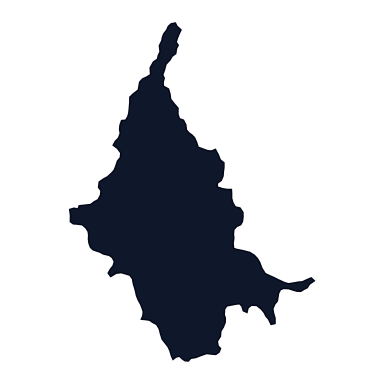 Aricanduva, Minas Gerais, Brazil (Albers equal-area conic projection)
{"feature_id": "56859067B1049377795144", "entity_name": "Aricanduva", "entity_type": "district", "adm_level": 2, "iso_a3": "BRA", "parent_name": "Brazil", "parent_adm1": "Minas Gerais", "projection": "albers", "projection_center": [-42.597, -17.855], "detail": "fine", "context": "isolated", "style": "filled", "palette": "ink", "viewbox_px": 384, "rotation_deg": 0, "n_neighbors": 0, "source": "geoboundaries", "source_scale": "gbopen_adm2", "svg_char_len": 2960}
<svg xmlns="http://www.w3.org/2000/svg" viewBox="0 0 384 384"><path d="M181.0,29.9L177.0,26.3L175.3,23.0L171.2,23.8L168.4,26.3L166.7,30.1L163.8,33.8L162.5,37.2L161.8,40.9L159.4,45.7L160.1,51.7L158.3,55.5L157.5,59.2L153.4,62.0L150.2,67.8L150.6,74.6L147.0,76.9L142.5,79.0L139.7,82.1L138.9,86.6L138.3,90.0L133.4,93.8L129.9,97.1L129.8,102.2L129.3,108.6L128.8,113.3L127.7,116.9L125.7,120.2L121.6,120.6L120.0,125.2L119.6,129.6L120.3,133.3L118.6,137.9L115.3,141.4L113.2,145.2L117.4,148.3L120.8,152.9L120.4,157.5L117.5,161.0L115.6,166.8L114.0,170.5L111.1,173.6L107.6,176.8L103.5,179.0L99.2,182.0L98.6,187.4L101.0,190.7L100.6,194.9L98.1,199.7L93.9,202.0L90.7,204.5L85.8,205.1L79.2,205.8L78.0,209.1L74.0,208.2L69.7,209.5L70.5,215.4L70.4,221.7L73.3,223.8L77.2,224.1L82.3,224.7L85.8,227.8L88.2,231.5L88.7,235.1L88.5,239.1L89.0,243.2L90.5,247.3L93.1,249.8L96.8,251.1L100.0,252.1L103.4,254.0L109.1,255.3L112.3,257.5L114.4,261.7L113.1,265.9L110.3,269.4L108.2,273.1L110.7,276.5L116.2,273.2L121.2,272.6L125.4,273.8L129.9,275.2L132.5,278.8L133.4,283.9L134.7,288.0L135.6,291.4L136.5,295.6L138.2,299.9L140.7,304.4L142.1,308.0L143.3,311.7L142.9,315.7L141.4,319.2L145.7,319.6L149.6,320.2L153.1,322.6L156.6,324.4L159.3,328.9L160.5,333.8L162.2,339.2L165.1,342.9L168.0,346.6L169.9,350.6L171.3,355.4L173.0,359.4L176.1,357.0L179.5,356.2L182.1,358.7L184.9,360.7L188.3,361.0L190.7,358.3L195.7,357.5L201.1,355.4L206.6,353.5L211.8,354.1L215.8,354.4L219.1,352.1L220.5,348.5L218.1,346.0L217.3,341.2L220.4,336.4L220.8,331.1L223.3,327.1L225.2,322.3L225.3,318.1L224.2,314.8L224.6,309.0L226.8,305.9L230.3,305.2L235.6,304.2L239.6,303.7L242.0,306.3L243.3,310.8L247.0,312.4L248.0,308.0L251.3,305.2L256.7,305.4L261.2,309.0L264.3,312.7L265.8,316.0L268.6,319.2L271.1,324.4L275.0,323.5L275.0,318.2L273.5,313.1L272.8,308.8L274.6,304.4L277.3,301.0L277.9,297.5L278.5,293.4L280.3,289.8L283.3,288.4L288.6,288.6L292.9,290.0L297.0,291.2L300.8,291.3L303.8,289.4L307.2,287.7L309.5,284.1L314.3,280.8L311.2,277.9L306.7,279.8L302.3,281.9L298.5,282.1L294.8,282.8L288.6,283.8L284.6,282.7L281.6,281.3L278.3,279.8L273.7,277.5L269.2,275.5L265.2,273.6L261.8,268.2L259.6,262.3L257.4,258.6L254.3,255.3L249.9,252.5L244.6,251.1L240.3,250.1L236.9,249.5L233.6,248.4L233.1,243.2L233.8,238.2L233.4,233.9L233.8,229.6L236.7,226.4L240.6,224.7L242.4,221.6L243.0,216.8L242.9,212.4L240.0,208.0L235.2,206.9L232.7,202.4L231.6,198.2L231.6,193.6L231.4,189.5L227.2,189.5L222.4,188.7L217.3,187.0L217.3,183.2L221.1,180.5L223.0,176.2L223.4,171.2L223.9,167.7L223.9,162.8L220.2,159.8L218.2,154.7L215.4,149.4L211.7,151.0L207.9,150.8L202.7,148.9L198.1,147.2L196.4,141.9L194.5,137.7L191.9,135.0L188.9,132.9L186.4,130.0L185.8,124.8L183.5,120.2L179.4,118.7L177.9,114.2L178.0,108.2L174.2,103.8L170.6,99.2L170.0,94.2L168.5,89.0L163.4,86.2L163.1,82.3L164.2,78.2L162.7,74.8L164.3,70.4L166.0,64.2L170.0,59.9L172.0,56.3L175.7,53.6L176.5,48.5L178.2,45.2L176.1,42.2L177.3,38.3L179.0,34.1L181.0,29.9Z" fill="#0f172a" stroke="#020617" stroke-width="1.5"/></svg>